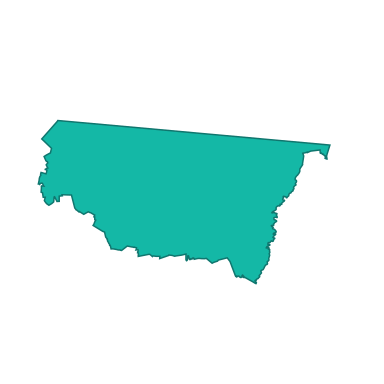 outline of Cintalapa, Chiapas, Mexico, rotated 74°
{"feature_id": "50627088B82563437390549", "entity_name": "Cintalapa", "entity_type": "district", "adm_level": 2, "iso_a3": "MEX", "parent_name": "Mexico", "parent_adm1": "Chiapas", "projection": "albers", "projection_center": [-93.728, 16.752], "detail": "fine", "context": "isolated", "style": "filled", "palette": "teal", "viewbox_px": 384, "rotation_deg": 74, "n_neighbors": 0, "source": "geoboundaries", "source_scale": "gbopen_adm2", "svg_char_len": 5997}
<svg xmlns="http://www.w3.org/2000/svg" viewBox="0 0 384 384"><g transform="rotate(74 192 192)"><path d="M184.9,46.5L139.0,165.1L86.3,301.3L86.5,301.5L86.6,301.4L99.6,321.8L111.3,315.0L115.5,317.4L115.5,317.9L116.3,321.7L117.1,324.4L121.7,323.8L122.6,323.3L123.0,322.6L124.3,322.6L124.4,322.8L125.7,324.7L129.2,324.0L129.2,324.9L129.4,325.7L129.7,326.3L129.8,327.4L130.4,325.9L131.0,325.4L131.7,325.8L132.6,326.2L134.3,327.3L131.6,331.7L132.2,332.1L133.3,332.7L133.8,332.8L134.2,332.7L134.9,333.5L135.2,333.9L136.6,334.9L139.0,335.9L141.9,337.5L142.1,337.0L142.6,336.6L142.8,336.4L141.9,335.4L142.1,333.8L142.3,333.5L143.3,333.2L144.7,333.1L145.5,332.8L144.7,334.9L144.9,335.2L146.5,335.6L150.6,337.1L151.5,335.9L156.1,336.5L156.6,334.5L159.6,336.3L162.0,335.5L163.4,334.8L165.3,333.2L164.5,330.1L163.4,327.7L158.8,325.9L158.7,325.4L163.9,324.4L164.4,322.2L159.4,320.8L159.9,317.7L158.8,317.7L161.7,308.7L175.0,309.1L177.2,308.3L177.2,308.1L180.1,306.1L179.8,305.6L183.6,302.2L182.4,297.1L183.2,296.4L183.7,295.7L184.0,295.1L186.7,292.6L187.3,291.9L188.8,293.1L189.1,292.4L190.4,292.7L191.8,293.1L192.5,292.3L194.0,293.8L195.8,295.1L196.9,296.3L205.2,288.7L206.4,287.1L211.5,287.4L213.2,286.7L213.7,286.8L214.1,286.6L214.1,286.4L215.8,286.7L216.0,286.6L217.8,286.2L218.2,286.2L220.0,285.6L220.6,285.9L221.1,285.4L221.5,285.3L222.6,285.4L223.5,285.4L224.3,285.5L224.3,285.3L224.6,284.9L224.5,284.7L225.2,282.9L226.5,280.3L227.4,278.8L227.8,277.1L228.2,277.0L228.8,275.8L226.1,269.1L228.1,265.3L228.7,263.9L229.1,263.4L229.2,262.4L229.5,262.3L230.3,260.7L231.3,261.1L232.2,261.8L232.2,261.1L232.4,261.0L232.4,260.7L232.6,260.3L232.6,259.9L233.0,260.0L233.5,259.9L234.1,260.1L234.4,260.6L234.6,260.5L235.4,261.1L235.8,260.5L236.0,260.5L237.6,260.7L237.8,261.1L238.1,261.1L239.1,261.4L240.0,250.9L240.3,249.7L243.2,247.8L242.7,247.0L244.0,244.1L245.0,240.6L247.1,241.4L246.6,232.3L246.6,231.9L246.2,231.6L247.5,228.5L248.9,226.5L249.1,224.5L249.8,219.4L250.0,214.9L255.5,216.5L256.4,216.3L256.6,216.1L256.2,215.4L255.7,214.9L252.3,213.7L252.4,213.0L255.2,213.0L256.3,212.8L256.4,212.2L255.8,212.2L255.8,211.2L256.3,211.1L256.4,209.4L255.7,209.4L255.6,209.2L255.9,208.7L256.2,208.4L256.9,208.1L257.3,208.2L257.4,205.6L257.7,203.6L258.7,201.1L259.2,199.4L259.5,198.8L259.6,197.3L259.8,197.0L259.8,196.5L266.0,192.3L265.6,190.3L265.5,186.5L264.7,185.5L265.0,176.3L269.3,174.6L284.2,173.4L284.5,173.2L285.1,173.3L285.2,173.2L284.8,173.1L284.8,172.8L285.0,172.4L285.2,172.1L285.5,172.2L285.4,172.0L285.9,171.4L285.6,171.1L285.6,170.3L286.2,169.8L287.1,169.4L287.7,168.6L287.7,168.3L287.3,168.0L287.4,167.1L287.8,166.6L287.0,166.8L286.6,167.0L286.3,167.0L286.0,166.9L285.8,166.2L288.4,165.0L294.9,158.5L297.5,156.1L297.7,155.7L297.4,155.5L297.2,155.3L297.0,155.1L296.2,155.2L295.9,155.6L295.4,155.7L294.9,156.0L295.2,156.6L294.2,155.2L294.5,154.6L293.6,153.6L293.4,153.3L293.3,152.9L293.4,152.3L292.6,151.3L292.3,150.5L291.7,150.2L291.4,150.4L290.8,150.4L290.3,149.5L289.0,147.6L288.1,147.4L287.5,147.7L287.2,147.7L286.7,147.4L286.5,147.2L286.5,146.6L286.3,146.1L286.3,145.3L286.0,144.8L284.5,143.3L284.2,143.2L282.6,141.5L282.3,140.3L282.3,139.8L282.0,139.4L281.8,139.2L281.3,139.2L279.7,138.9L279.5,138.6L279.3,137.5L278.9,137.0L278.3,136.7L277.6,136.7L276.9,136.5L274.1,134.7L273.7,134.8L273.2,134.8L272.9,134.9L272.3,134.7L271.9,134.1L271.6,133.9L271.1,133.7L270.7,133.9L270.3,133.8L268.7,133.2L268.5,133.3L268.3,134.0L267.9,134.4L267.7,134.4L267.5,133.8L267.1,133.4L266.4,133.8L266.2,134.4L266.4,134.9L266.4,135.6L266.2,136.0L265.9,135.9L265.4,135.3L264.9,134.4L264.8,132.8L264.6,131.9L264.2,131.7L263.8,131.8L263.7,132.0L263.4,133.2L263.0,133.5L261.8,132.8L261.7,132.6L262.0,131.6L261.9,130.8L261.6,130.3L261.1,129.7L260.9,129.2L261.0,128.9L261.4,128.7L261.7,128.1L261.6,127.5L261.2,127.1L260.9,127.1L260.1,126.7L259.9,126.4L259.8,125.7L259.5,125.3L259.3,125.2L259.1,125.3L258.0,126.7L257.8,126.7L257.3,126.0L256.9,125.6L256.4,124.4L255.8,123.3L255.5,123.2L255.3,123.5L255.3,125.0L254.9,125.5L254.5,125.3L254.1,124.7L254.1,123.9L253.7,122.2L253.0,122.0L252.5,122.2L251.0,122.8L250.2,123.5L249.8,124.3L249.5,124.5L249.1,124.5L248.3,123.7L247.9,124.0L247.3,124.8L246.7,125.0L246.2,125.0L246.1,124.5L246.4,123.6L246.4,122.6L246.2,122.5L245.7,122.6L245.2,122.4L245.2,122.2L244.2,120.9L243.6,118.9L243.3,118.7L243.1,118.7L242.3,119.2L241.7,119.8L241.5,120.3L241.2,120.7L240.8,120.7L239.8,120.5L239.4,120.4L239.2,120.0L239.3,118.5L239.6,118.0L239.9,117.6L240.0,117.3L240.0,117.2L239.4,117.0L238.7,117.0L237.3,117.3L237.0,117.1L236.6,116.4L236.2,116.3L235.7,116.9L235.4,117.7L234.9,118.1L234.2,119.1L234.3,119.8L234.2,120.7L234.0,120.9L233.7,120.8L233.0,119.4L232.9,118.4L232.3,116.5L232.1,116.1L231.5,115.7L230.5,115.7L229.8,115.1L229.5,114.7L229.0,113.3L229.1,112.6L229.5,112.1L229.5,111.5L229.3,111.0L229.1,110.9L228.7,111.0L228.1,110.8L228.1,110.5L228.6,109.4L228.6,109.2L227.8,109.0L227.4,108.6L226.6,107.1L226.2,105.9L225.7,105.4L225.2,105.6L225.0,106.4L224.8,106.6L224.5,106.9L224.2,106.9L223.5,106.6L222.8,105.6L222.0,105.8L221.6,105.6L221.4,105.4L221.4,105.0L222.3,103.4L222.7,103.1L223.5,102.9L223.7,102.5L223.6,102.2L223.2,102.0L222.4,100.2L222.0,99.9L221.1,99.6L220.4,98.8L220.2,98.4L220.1,97.3L220.0,97.0L219.4,96.5L219.1,96.0L218.8,94.7L218.5,94.4L218.0,94.4L217.5,94.2L217.4,94.1L217.3,93.6L217.1,93.2L216.5,93.0L215.5,93.1L215.1,92.8L214.3,91.5L214.0,90.3L213.8,90.1L213.4,90.1L212.7,90.4L212.4,90.3L212.0,90.0L211.3,89.0L210.4,88.5L209.8,88.5L209.5,88.6L208.9,89.3L208.6,89.4L207.9,89.3L207.2,89.0L206.0,87.9L204.9,86.2L204.9,85.9L204.1,85.0L203.9,84.6L203.6,84.2L202.1,82.8L199.6,82.0L199.3,81.7L196.2,78.1L195.8,78.2L188.2,74.7L185.3,74.8L185.5,72.4L185.4,70.3L185.9,70.3L185.4,66.6L186.9,57.3L189.8,58.0L190.2,57.8L190.2,57.7L190.0,57.2L190.3,57.1L190.7,56.7L191.1,56.6L191.4,56.2L191.7,56.1L191.7,55.6L192.1,55.6L192.8,55.0L193.9,54.5L194.0,53.9L194.8,53.9L196.3,54.8L197.4,53.5L197.5,53.1L194.8,52.8L193.1,51.9L184.9,46.5Z" fill="#14b8a6" stroke="#0f766e" stroke-width="1.5"/></g></svg>